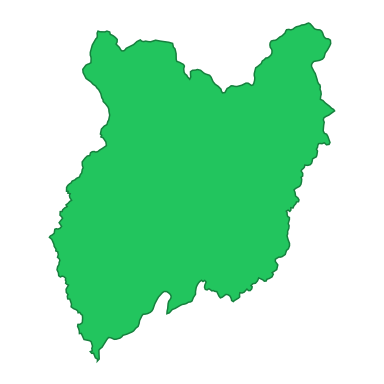 outline of Guarda-Mor, Minas Gerais, Brazil
{"feature_id": "56859067B60921450270915", "entity_name": "Guarda-Mor", "entity_type": "district", "adm_level": 2, "iso_a3": "BRA", "parent_name": "Brazil", "parent_adm1": "Minas Gerais", "projection": "albers", "projection_center": [-47.118, -17.753], "detail": "fine", "context": "isolated", "style": "filled", "palette": "green", "viewbox_px": 384, "rotation_deg": 0, "n_neighbors": 0, "source": "geoboundaries", "source_scale": "gbopen_adm2", "svg_char_len": 5821}
<svg xmlns="http://www.w3.org/2000/svg" viewBox="0 0 384 384"><path d="M166.9,313.7L169.4,312.8L172.3,309.5L175.2,308.4L180.1,305.5L182.1,304.5L184.8,304.0L186.6,303.4L188.4,302.2L190.6,301.9L192.0,301.0L193.4,297.5L195.5,294.3L195.5,291.7L196.2,287.5L197.0,285.5L198.4,283.1L199.8,281.5L201.5,280.3L203.0,281.5L204.7,280.4L206.1,282.0L204.9,285.0L204.5,287.2L205.3,289.4L207.1,289.9L208.9,288.7L210.4,289.7L211.8,290.9L213.3,290.6L214.9,291.4L216.8,291.6L219.0,296.2L220.4,297.9L222.4,297.1L225.9,294.4L228.2,294.8L230.1,296.2L231.3,298.8L231.6,300.5L233.3,301.6L234.5,300.5L238.5,298.1L239.7,296.9L239.5,294.9L239.9,292.7L242.1,293.0L244.1,292.2L246.9,289.1L248.5,290.6L250.1,290.6L251.7,288.9L252.2,286.8L251.0,285.6L252.8,283.7L255.5,283.2L257.5,280.9L258.7,277.9L262.8,279.8L264.3,281.2L266.2,281.0L266.9,279.3L269.4,278.4L272.0,276.9L273.3,274.2L272.1,272.7L276.7,269.6L277.8,264.9L275.3,261.4L275.4,259.2L278.8,257.1L280.6,257.1L282.2,256.6L285.2,254.5L286.5,250.4L288.4,248.8L289.5,245.8L289.5,243.4L288.0,239.4L287.0,235.6L287.7,233.9L287.6,231.2L288.8,228.5L289.1,225.7L288.2,223.6L289.4,219.5L289.4,217.5L287.7,216.5L287.1,214.5L287.1,212.7L286.3,211.2L288.1,210.1L289.8,211.4L290.9,210.0L290.8,207.7L293.0,208.0L294.0,205.7L295.9,203.6L296.4,202.0L298.5,201.7L299.0,199.9L297.8,197.8L295.6,196.1L295.0,192.3L294.0,189.9L295.7,188.4L299.6,186.3L300.9,184.4L301.5,181.8L301.7,179.3L301.1,177.3L302.7,176.0L302.7,173.3L301.1,171.0L302.0,169.5L303.4,168.4L304.4,167.1L304.8,165.1L307.7,165.4L310.2,164.7L311.6,163.2L312.1,161.5L312.6,158.8L316.3,156.8L316.9,155.0L317.5,151.0L316.4,149.1L317.5,147.4L317.8,145.3L318.6,143.6L320.4,143.5L322.0,143.7L324.3,142.8L326.5,144.8L329.1,144.4L330.0,142.5L327.8,136.3L326.6,134.2L324.4,133.3L323.2,130.8L323.7,125.1L324.2,122.2L323.3,119.9L323.9,117.8L326.0,116.4L328.7,115.2L334.6,110.9L333.6,109.4L331.6,108.3L329.5,106.2L325.3,103.0L322.9,100.5L320.4,99.4L320.6,96.7L321.2,94.2L320.9,91.6L320.0,89.1L320.3,86.9L319.9,84.9L318.6,83.8L317.6,81.7L317.0,79.2L315.2,73.4L314.2,71.9L311.6,66.8L311.5,64.8L312.4,62.9L314.0,61.4L319.5,60.4L322.5,59.1L324.1,57.2L325.2,53.1L327.5,49.9L329.5,46.3L330.7,43.6L330.4,40.2L328.5,38.9L325.7,38.5L324.2,37.0L323.4,35.4L322.7,33.1L321.6,31.1L319.9,29.9L317.3,29.7L315.3,29.2L313.9,28.2L312.8,26.7L310.2,23.8L308.6,23.0L306.8,23.6L305.3,24.4L303.7,24.8L301.7,25.0L299.6,26.0L296.3,26.8L294.6,27.8L293.0,29.2L290.7,29.9L288.9,29.4L286.6,29.7L285.7,31.1L285.1,32.9L282.0,35.9L279.8,37.0L276.9,39.5L275.3,40.3L273.5,40.4L271.3,41.0L270.1,43.0L269.9,45.0L270.3,47.4L271.4,48.8L272.0,50.5L271.9,53.2L271.0,55.0L269.4,56.6L267.7,57.8L265.8,58.0L264.1,59.8L262.3,61.0L261.3,63.5L257.8,66.4L255.7,67.8L254.3,73.4L254.2,75.3L254.8,77.8L254.6,80.3L253.9,83.0L253.0,84.9L251.4,85.4L248.2,83.2L246.0,83.1L241.8,85.2L237.0,86.5L234.9,86.4L233.0,85.9L231.1,85.8L229.2,87.4L227.1,88.5L224.9,92.6L222.5,92.9L221.4,91.0L221.0,89.2L218.3,86.4L215.1,84.2L213.0,81.6L211.1,77.2L209.6,75.3L205.3,73.9L203.6,72.9L200.6,70.3L197.4,69.5L195.6,70.1L192.5,70.3L190.5,71.7L190.5,74.7L190.8,76.9L189.7,79.3L187.5,76.8L186.8,75.3L185.1,74.0L184.1,72.3L183.7,68.8L184.4,66.1L183.5,64.5L179.5,62.3L176.8,61.4L176.2,59.4L176.1,53.7L175.5,50.9L174.9,48.7L173.4,47.2L172.6,43.4L168.9,42.3L160.4,41.1L155.6,40.2L150.6,41.8L148.2,41.6L145.6,41.1L143.6,41.6L141.7,41.2L140.3,39.9L137.0,41.5L133.6,44.6L126.2,48.3L125.3,49.6L123.9,50.8L121.9,50.9L120.7,49.8L119.4,47.4L116.1,44.1L117.1,42.0L117.2,39.4L115.3,37.4L113.4,35.9L112.0,35.1L110.3,34.4L109.7,32.0L106.9,31.1L105.0,31.9L100.1,31.8L98.0,31.1L97.1,33.1L97.3,35.6L97.1,37.6L95.8,38.9L92.3,45.0L90.3,52.3L90.3,55.2L90.9,56.8L91.1,58.6L90.9,62.7L89.1,63.8L87.5,64.3L85.9,65.2L82.8,69.3L83.1,72.6L86.1,78.5L90.8,81.8L93.1,84.3L95.8,86.1L96.8,87.8L98.7,89.7L100.8,93.6L101.8,97.8L103.0,99.6L103.2,101.5L105.5,103.8L108.0,107.1L108.8,109.1L109.0,111.6L109.7,115.1L108.7,120.0L107.8,121.5L106.9,124.6L104.2,126.1L101.4,129.1L100.4,134.1L101.7,135.2L100.9,136.9L103.1,137.8L105.9,142.0L106.4,145.6L102.1,148.6L99.7,150.0L97.8,151.6L95.7,152.1L94.2,151.5L92.2,151.7L90.5,152.8L89.8,155.6L87.3,156.0L85.1,158.1L82.2,161.9L82.3,165.3L83.2,167.8L82.3,169.3L81.7,173.0L80.4,174.5L79.5,177.0L76.4,178.4L74.9,179.9L72.1,181.1L71.1,182.9L69.5,183.9L67.8,185.4L66.6,187.4L66.5,191.2L68.2,191.4L67.8,193.1L70.2,193.7L69.4,195.5L69.9,197.7L71.6,200.3L69.8,201.4L68.1,203.3L66.0,204.9L67.2,206.6L64.7,207.9L62.7,209.8L62.1,211.5L60.2,211.6L60.0,215.2L61.4,216.5L62.6,218.2L59.1,222.7L61.6,226.3L60.1,228.2L58.0,229.1L56.3,228.7L54.8,229.3L54.2,233.3L52.3,234.9L50.4,235.9L49.4,237.3L51.8,239.4L53.9,244.2L54.2,246.4L56.0,249.1L55.8,250.9L57.7,251.7L58.3,254.7L57.5,257.3L59.2,258.7L59.9,260.5L59.1,262.4L59.0,264.5L57.6,266.7L57.0,269.8L58.4,272.7L58.7,275.7L60.4,277.0L62.1,276.1L64.0,276.7L65.7,278.2L65.4,280.1L66.1,281.6L65.6,283.2L66.9,284.3L68.5,285.1L66.1,289.2L66.3,292.4L68.0,294.5L67.3,296.2L67.7,298.9L69.8,299.1L70.7,301.7L71.5,304.1L71.1,306.8L73.7,308.7L76.4,309.8L77.7,311.0L78.1,312.8L79.8,312.4L81.0,314.2L82.4,315.3L82.6,318.2L82.3,322.6L80.1,324.3L77.9,324.4L77.6,326.4L78.7,328.8L79.3,331.1L79.4,333.6L81.3,333.4L84.0,339.5L89.6,340.7L91.1,341.6L92.5,346.1L91.8,348.5L92.3,350.8L90.3,351.6L91.7,353.3L93.6,353.3L95.4,357.8L97.6,359.2L97.4,361.0L99.2,359.0L98.9,350.2L100.1,348.7L102.0,347.3L107.0,339.3L108.6,337.5L111.0,337.8L114.2,339.3L116.2,339.2L120.2,338.0L121.9,336.7L122.9,335.3L126.8,334.2L131.9,332.0L133.6,330.9L135.9,328.1L138.1,326.4L139.1,323.5L139.6,320.5L142.0,315.6L143.1,314.3L145.3,314.1L147.6,313.6L150.3,312.3L151.9,310.9L153.0,309.1L154.8,303.8L157.1,299.4L158.5,297.0L161.1,294.1L162.5,292.6L164.1,291.5L166.8,291.6L168.7,292.9L170.3,294.4L171.1,296.1L170.9,298.1L169.9,299.8L168.7,301.3L168.1,303.7L167.7,308.6L167.1,311.1L166.9,313.7Z" fill="#22c55e" stroke="#15803d" stroke-width="1.5"/></svg>